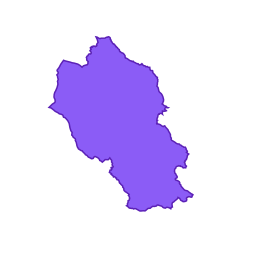 the district of Mogotes, Santander, Colombia, rotated 122°
{"feature_id": "7082276B70179238188683", "entity_name": "Mogotes", "entity_type": "district", "adm_level": 2, "iso_a3": "COL", "parent_name": "Colombia", "parent_adm1": "Santander", "projection": "natural_earth1", "projection_center": [-72.971, 6.504], "detail": "fine", "context": "isolated", "style": "filled", "palette": "violet", "viewbox_px": 256, "rotation_deg": 122, "n_neighbors": 0, "source": "geoboundaries", "source_scale": "gbopen_adm2", "svg_char_len": 5827}
<svg xmlns="http://www.w3.org/2000/svg" viewBox="0 0 256 256"><g transform="rotate(122 128 128)"><path d="M104.7,218.5L109.4,218.8L113.1,218.5L116.4,218.8L117.0,218.5L117.4,217.8L117.6,217.0L118.3,216.3L119.2,216.2L120.7,216.5L121.3,215.3L122.7,214.2L123.6,213.0L125.9,212.5L126.6,211.7L128.1,210.6L131.3,209.6L135.2,209.0L136.5,209.0L138.6,208.4L140.9,207.2L141.5,206.6L142.5,205.0L144.1,203.8L145.3,203.6L147.8,204.8L152.4,205.9L151.8,203.9L152.1,200.6L152.4,199.1L152.4,197.9L152.2,196.0L152.2,194.9L152.4,193.8L151.7,191.8L151.6,190.4L151.8,189.7L152.6,189.0L153.0,188.4L152.6,186.9L152.7,186.2L153.7,183.0L155.3,180.3L158.5,177.4L160.6,175.0L161.4,173.0L163.4,172.2L163.9,171.8L164.0,170.9L164.9,169.5L165.0,167.3L165.5,166.5L166.5,166.1L167.5,164.4L169.4,162.5L170.0,162.0L171.4,160.2L171.5,159.4L172.0,158.9L172.0,155.5L171.6,154.7L172.2,153.4L172.7,150.9L173.2,150.0L173.0,148.2L173.7,146.2L173.4,144.0L173.4,143.1L173.5,142.8L173.0,142.4L172.8,141.8L172.2,141.4L170.9,141.5L169.6,140.9L169.2,138.1L169.4,136.7L169.9,135.4L170.5,134.8L170.3,133.1L170.6,131.7L168.8,131.1L166.9,130.6L165.4,128.0L164.9,127.8L163.0,127.6L163.7,126.0L163.9,125.1L164.3,124.8L164.5,124.3L165.5,124.0L166.2,122.4L167.7,122.0L168.7,120.0L169.8,120.2L170.1,121.2L170.5,121.4L170.9,121.2L171.1,120.1L171.4,119.9L172.5,119.9L173.0,120.8L173.3,120.9L175.6,120.2L175.5,119.2L175.4,118.7L175.5,118.4L175.5,117.8L176.2,117.8L176.2,117.0L176.5,116.3L176.5,115.3L177.2,114.4L176.7,114.1L176.4,113.6L176.4,113.1L176.9,112.0L176.6,111.4L176.6,111.1L177.4,110.6L177.6,110.0L177.7,109.7L177.2,109.1L177.2,108.4L177.6,107.9L177.9,107.1L178.5,106.8L179.2,105.9L179.0,105.2L179.5,104.4L180.0,101.8L181.0,101.1L181.2,100.1L181.6,99.5L182.8,98.6L183.1,98.1L183.5,96.3L183.3,95.1L183.6,93.8L183.5,92.7L183.7,92.3L183.7,91.9L185.0,91.9L185.3,90.7L185.7,90.4L186.7,89.3L187.4,89.3L187.8,88.9L188.7,88.8L189.6,89.4L191.1,88.5L192.5,88.4L193.7,87.5L194.7,88.0L194.7,86.9L195.2,84.5L194.2,82.1L193.7,81.5L193.7,80.3L192.9,79.7L192.3,78.6L192.1,74.1L191.7,73.3L190.1,71.2L189.3,69.7L188.9,69.4L185.6,68.4L184.1,66.5L183.3,66.4L181.4,65.6L180.5,64.0L179.0,62.5L178.1,62.5L177.8,62.3L177.3,61.4L177.2,60.6L176.5,58.3L176.4,57.6L176.8,56.3L176.7,55.2L176.1,53.8L174.9,53.3L174.3,52.4L173.8,50.6L173.8,48.9L172.7,49.2L171.8,48.9L171.5,48.5L169.5,50.2L168.3,50.7L167.6,50.7L166.4,50.0L165.3,49.8L163.1,49.0L161.4,48.5L160.4,48.8L160.3,46.9L161.3,45.1L161.3,43.8L161.1,43.1L161.3,42.6L161.2,42.1L160.2,40.8L158.8,39.8L157.4,40.3L156.6,41.3L155.4,41.1L155.1,40.7L154.3,40.4L153.8,39.8L153.2,37.7L152.4,37.2L151.3,37.8L150.7,37.5L150.2,37.5L150.1,39.0L150.4,39.7L150.1,40.5L150.2,41.5L149.8,44.2L150.6,46.7L150.6,47.6L149.2,52.2L148.2,53.2L148.2,54.1L147.8,54.8L147.6,55.1L147.1,55.0L146.4,56.0L146.3,57.5L146.8,60.0L146.7,60.4L146.2,60.9L145.6,60.9L144.3,60.1L143.6,60.2L143.1,60.6L142.2,62.5L141.6,63.2L141.4,64.4L140.4,65.2L140.2,65.6L138.5,66.4L137.4,66.5L136.9,66.2L136.1,66.5L135.3,66.5L134.5,66.1L133.6,65.2L133.1,65.0L133.0,64.2L132.4,63.7L132.7,63.2L132.1,61.6L132.6,60.2L132.4,59.7L131.7,59.0L131.2,58.0L130.7,58.2L129.6,58.1L129.3,58.3L129.3,58.9L128.9,60.0L127.5,61.2L127.2,61.9L127.1,62.1L125.8,61.9L125.6,62.3L125.2,62.3L123.8,61.7L122.9,62.2L122.2,62.1L119.8,63.1L117.9,62.7L117.9,63.9L117.6,65.5L117.0,65.2L116.3,65.3L115.3,67.5L114.9,67.6L114.5,68.1L113.9,69.3L114.7,70.4L114.6,71.9L114.8,72.8L114.5,73.8L114.8,74.8L114.4,75.9L115.3,77.8L115.4,79.1L115.2,80.4L115.2,83.0L115.3,83.6L115.3,84.3L114.8,85.4L113.6,85.9L113.3,86.8L112.2,87.9L111.3,88.3L110.4,89.6L109.2,91.9L108.3,93.2L107.3,96.8L106.7,98.0L107.2,98.5L108.2,98.9L108.3,100.6L108.1,102.2L108.2,103.2L109.0,105.5L109.7,106.1L108.4,105.8L108.3,106.2L107.3,106.7L106.5,107.4L106.0,107.2L106.1,107.6L105.8,107.8L104.2,108.5L103.0,108.6L101.2,109.4L100.0,109.3L99.8,108.9L99.4,109.2L99.2,109.1L98.1,107.7L97.9,107.1L98.0,106.1L97.4,106.8L96.6,107.0L95.4,107.8L94.7,106.3L93.6,105.0L93.0,104.6L92.9,104.9L92.8,106.8L91.6,107.1L91.0,107.0L90.6,106.7L89.7,104.8L89.5,104.7L89.8,105.5L89.7,106.3L89.4,106.8L89.4,107.4L89.9,109.1L89.5,111.0L89.5,111.8L88.2,111.7L87.4,112.1L86.5,112.1L85.9,112.5L85.4,112.6L84.8,113.1L83.0,115.0L81.9,116.6L81.3,117.9L80.9,120.3L80.5,121.2L77.7,124.0L77.2,125.7L75.7,126.1L73.7,127.2L72.5,127.5L72.0,128.0L71.2,128.3L70.6,129.4L69.5,129.9L69.5,131.5L68.5,133.9L68.3,135.2L67.8,136.3L67.4,136.8L67.0,136.9L66.5,137.3L66.4,137.8L67.1,139.0L67.1,139.6L66.7,140.3L65.0,141.7L65.5,142.4L65.8,143.2L65.6,144.2L65.7,144.4L66.3,144.9L66.6,145.4L66.3,146.1L66.3,146.7L66.9,147.9L66.7,148.6L66.3,149.4L66.1,150.3L66.6,150.4L67.0,150.2L67.3,150.4L67.5,151.0L68.1,151.3L68.4,151.6L68.5,152.1L68.1,153.5L68.2,153.8L68.6,154.1L68.8,155.5L68.8,156.6L69.0,157.7L68.6,159.2L69.5,159.6L69.4,161.0L69.8,161.6L69.8,162.4L69.6,165.3L69.8,167.1L70.0,167.3L69.9,167.6L68.2,168.9L67.5,170.5L67.2,172.0L67.6,173.6L67.3,175.0L67.5,175.3L67.1,176.1L66.2,176.9L65.9,179.0L65.4,179.6L65.5,181.0L65.1,181.2L65.1,182.0L64.6,182.6L64.5,184.1L64.1,184.6L64.5,185.1L64.0,186.6L63.4,187.5L63.5,188.0L63.3,188.3L62.5,188.8L62.3,189.2L62.4,189.5L62.4,189.8L61.9,190.2L61.3,190.5L60.9,191.1L60.8,192.3L61.1,193.2L61.8,193.4L62.5,194.4L64.1,195.2L66.1,198.4L67.0,199.1L67.3,200.1L67.3,202.3L67.7,203.4L69.3,200.9L71.4,198.7L72.6,198.9L73.7,198.9L74.6,198.1L75.1,198.1L75.5,198.3L75.8,198.9L76.3,198.9L76.3,199.8L76.6,200.1L76.9,200.9L77.1,201.1L77.6,200.9L78.2,201.0L78.3,201.8L78.9,201.6L79.2,202.3L79.8,202.5L80.7,201.6L80.7,201.0L81.8,201.0L82.4,201.3L83.0,200.5L83.0,199.9L83.8,198.9L85.0,198.9L85.7,200.1L86.4,200.5L87.9,200.3L88.8,200.8L90.3,200.7L90.6,200.1L92.1,199.1L92.4,198.7L92.8,196.9L93.9,196.6L94.7,196.0L96.2,196.2L96.6,196.8L98.8,198.7L100.8,199.2L100.4,201.7L100.4,204.4L101.5,208.1L102.3,209.9L102.7,211.7L104.5,217.2L104.7,218.5Z" fill="#8b5cf6" stroke="#5b21b6" stroke-width="1.5"/></g></svg>